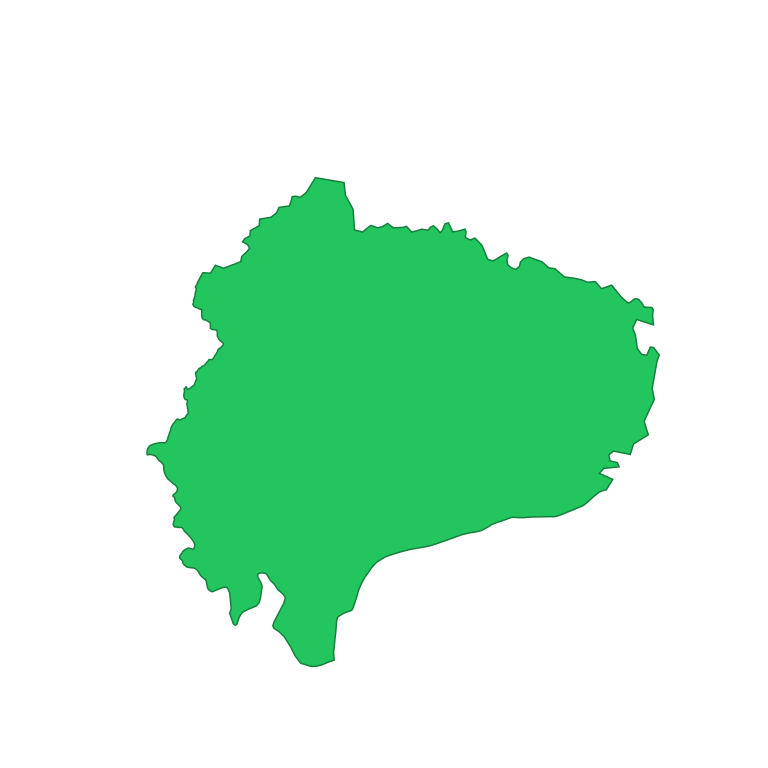 Chapicuy, Paysandú, Uruguay, rotated 237°
{"feature_id": "84410073B18564201435230", "entity_name": "Chapicuy", "entity_type": "district", "adm_level": 2, "iso_a3": "URY", "parent_name": "Uruguay", "parent_adm1": "Paysandú", "projection": "mercator", "projection_center": [-57.843, -31.658], "detail": "fine", "context": "isolated", "style": "filled", "palette": "green", "viewbox_px": 768, "rotation_deg": 237, "n_neighbors": 0, "source": "geoboundaries", "source_scale": "gbopen_adm2", "svg_char_len": 6171}
<svg xmlns="http://www.w3.org/2000/svg" viewBox="0 0 768 768"><g transform="rotate(237 384 384)"><path d="M456.9,539.7L457.8,534.9L462.4,531.9L467.0,535.7L469.8,536.3L471.9,529.2L474.3,524.5L484.0,525.9L485.1,522.4L480.8,515.9L480.4,513.5L485.0,513.0L489.8,511.6L490.2,508.3L488.9,504.8L493.3,500.0L494.6,495.0L496.4,490.0L504.0,488.7L505.0,485.3L509.8,476.9L516.7,474.5L516.8,468.7L518.4,463.7L524.1,459.5L523.9,454.8L523.1,448.8L529.2,443.2L547.4,453.2L563.3,454.5L574.7,460.2L594.4,438.8L587.0,423.3L586.1,415.6L589.7,412.1L591.1,409.0L588.5,406.3L584.9,401.6L589.3,392.1L586.1,387.3L585.4,380.1L590.0,369.4L584.8,365.7L585.4,355.4L581.2,352.2L581.8,346.5L580.2,342.8L575.4,345.5L571.1,345.2L569.8,341.4L568.4,334.2L564.6,330.4L568.4,312.6L575.4,307.3L571.5,298.8L576.0,292.7L570.7,282.8L570.1,282.9L568.5,279.2L567.8,278.5L566.6,278.5L565.4,278.0L564.3,276.5L562.2,274.4L560.9,273.6L557.9,269.7L556.3,268.9L554.9,267.1L554.1,267.1L553.0,266.8L551.3,267.5L549.5,268.9L547.2,270.2L545.7,271.6L544.1,270.5L539.9,268.0L538.0,267.4L536.3,267.6L534.8,269.3L532.3,270.6L529.9,271.6L525.1,268.7L523.2,269.7L520.4,273.1L518.2,272.4L515.0,270.3L511.2,269.9L507.9,270.6L507.5,270.9L506.7,271.2L505.8,271.3L505.3,271.1L504.6,270.7L504.3,270.2L504.2,269.8L504.2,269.3L503.6,268.1L503.4,264.3L503.2,263.7L503.1,263.3L501.7,261.6L500.4,259.1L500.0,257.6L499.0,256.2L498.3,253.8L498.2,253.3L498.5,252.6L498.7,252.0L499.8,250.7L499.7,250.0L498.9,248.8L498.7,247.2L498.1,245.8L498.0,245.1L497.6,244.1L497.5,242.7L497.8,241.7L497.9,240.8L497.4,239.1L497.4,238.6L497.7,238.0L497.8,237.5L497.6,236.5L496.5,234.9L496.4,234.3L496.5,233.3L496.4,232.7L495.9,232.0L493.1,230.7L491.1,230.1L490.4,229.6L488.3,226.6L487.0,225.0L486.5,224.4L486.3,223.9L486.4,223.4L486.3,221.5L486.2,220.4L486.0,219.4L486.1,218.7L486.2,217.7L486.4,216.7L486.6,216.1L486.9,216.1L487.8,216.3L488.7,216.7L489.1,216.7L489.4,216.5L489.3,216.2L488.9,215.7L488.9,215.4L488.8,214.9L489.0,214.0L488.4,213.6L487.7,213.3L486.0,212.2L485.2,211.5L484.6,210.8L483.8,210.1L481.6,209.0L480.8,208.8L480.3,208.9L479.5,208.8L479.1,208.9L478.6,209.4L478.1,210.1L477.7,210.4L477.4,210.3L475.9,209.2L474.8,207.8L474.1,207.4L472.9,207.0L472.1,206.8L470.9,206.1L469.5,205.7L468.6,205.2L467.8,204.7L466.8,204.3L466.2,203.9L465.9,203.4L465.5,201.7L465.1,200.6L464.2,198.8L464.1,198.4L464.7,195.6L464.8,193.8L464.9,193.3L465.1,192.8L465.4,192.7L466.1,192.4L466.9,192.0L467.2,191.6L467.2,190.5L467.0,190.0L466.1,187.8L465.2,184.8L463.6,182.1L463.1,181.4L461.0,179.3L460.6,178.5L459.3,176.7L458.7,176.2L457.7,175.0L457.2,174.1L456.3,173.2L455.9,172.7L455.2,172.1L454.0,169.3L453.9,168.7L454.1,168.0L454.6,167.5L455.6,166.2L456.7,164.2L457.5,162.4L458.9,158.9L459.4,156.9L459.6,155.3L459.7,153.8L459.2,152.1L458.4,150.7L457.6,149.5L454.6,147.2L453.7,147.0L453.2,147.2L452.8,148.8L451.4,150.5L448.8,152.7L447.9,153.1L445.7,153.5L442.3,153.5L440.7,154.3L437.9,154.9L436.1,154.9L431.1,152.2L428.8,151.5L426.0,151.0L424.4,151.0L422.3,151.0L417.5,152.5L415.6,152.8L412.8,154.1L409.5,154.2L408.2,153.4L406.9,152.0L406.3,150.8L406.0,149.3L405.9,147.3L405.6,146.5L405.1,145.9L404.3,146.3L403.4,146.4L402.6,146.4L399.7,145.3L398.4,145.2L397.5,145.2L393.6,146.1L391.7,146.4L390.4,145.9L389.6,144.7L389.0,143.4L388.3,141.0L387.4,138.7L386.8,135.8L386.4,135.1L384.4,134.5L382.4,132.0L381.3,130.8L380.7,130.6L379.4,130.4L378.3,130.5L377.7,131.0L377.2,132.0L376.2,132.8L374.0,135.9L373.0,136.6L371.8,136.7L369.2,136.4L365.4,137.4L362.8,137.8L357.4,138.4L354.8,138.3L352.4,137.9L351.2,136.9L349.9,135.5L349.5,134.4L349.8,133.4L351.7,131.9L353.1,130.5L353.4,126.0L353.2,124.2L352.2,122.4L351.2,119.4L350.0,118.3L348.8,117.8L347.5,118.2L345.2,118.6L342.9,117.7L341.9,117.8L339.6,118.4L338.2,118.8L336.9,119.9L336.2,120.6L333.6,123.9L332.5,124.9L330.4,125.8L329.1,126.1L326.3,125.9L322.7,126.0L316.4,127.8L309.1,125.0L307.1,124.9L304.8,125.7L303.3,126.7L301.2,137.7L300.2,139.9L299.2,141.2L297.9,141.5L296.7,141.4L293.3,140.9L289.5,139.1L278.8,133.5L275.7,129.6L271.2,128.6L265.5,127.1L264.0,127.2L263.1,127.6L262.7,128.1L262.5,128.7L262.8,129.9L267.1,135.4L268.1,137.2L269.6,140.9L269.1,146.9L267.4,156.0L268.6,160.2L271.9,164.0L275.8,167.3L280.8,171.7L285.2,172.7L290.5,172.9L292.3,173.8L293.4,175.5L293.1,176.9L291.9,178.8L290.0,181.2L288.4,182.0L281.1,181.8L275.4,183.0L269.4,183.0L262.7,184.9L258.5,184.9L254.7,180.5L250.5,173.1L244.6,162.6L241.7,159.0L239.3,158.6L233.1,161.2L225.8,162.7L214.8,162.5L204.0,161.4L195.1,162.1L187.4,168.5L185.5,171.2L183.9,174.2L182.3,178.8L181.0,186.0L179.5,191.8L186.4,195.6L203.6,209.5L210.6,214.9L212.6,216.7L212.9,217.3L213.4,217.8L213.7,218.6L213.8,219.3L213.7,224.7L213.5,226.2L213.3,227.3L211.8,233.2L211.9,234.0L212.9,235.9L213.5,236.7L214.7,238.1L220.4,245.3L223.9,249.2L226.4,252.4L230.1,258.5L232.3,262.6L235.1,269.9L236.6,273.4L237.7,277.2L238.4,280.7L238.5,282.6L238.5,287.5L238.2,291.7L237.9,293.0L236.9,296.8L234.3,306.1L232.6,311.3L231.1,315.5L224.7,330.7L222.9,335.6L221.2,341.9L219.7,348.1L216.5,361.6L215.2,367.3L212.5,374.8L210.5,379.0L208.9,383.4L208.1,385.8L207.8,387.9L207.5,392.6L207.4,397.8L206.7,401.8L204.7,409.5L202.8,417.7L201.7,420.0L198.9,423.7L196.2,427.7L192.4,434.7L182.4,450.9L180.1,454.3L179.1,456.8L178.2,460.0L177.5,463.5L175.1,476.0L174.4,480.2L173.8,482.6L173.6,485.2L174.0,490.2L175.4,498.1L176.1,505.5L175.5,509.2L174.2,512.9L179.4,523.9L191.8,515.9L193.5,522.4L186.5,536.0L190.9,536.9L196.5,531.7L202.1,533.9L202.7,539.9L190.8,552.2L197.8,560.6L197.4,578.0L210.9,581.8L218.1,592.9L223.8,602.3L234.2,606.5L254.1,625.1L258.4,630.6L267.7,630.0L269.9,627.6L267.3,623.4L265.0,620.1L268.3,616.3L276.0,615.7L279.8,617.7L288.2,621.5L295.6,623.1L300.4,631.1L286.8,642.2L295.3,646.6L299.7,650.3L302.4,650.2L305.4,645.9L307.1,644.0L311.4,644.4L316.0,643.7L318.2,642.0L319.0,639.8L318.4,635.9L319.0,632.7L328.0,630.3L342.9,628.8L345.5,618.3L354.8,617.0L358.6,610.0L364.1,606.2L369.0,601.2L375.6,593.6L387.7,590.1L391.7,585.5L400.4,583.1L411.4,574.7L412.9,569.7L412.2,565.2L408.9,561.6L408.3,556.8L412.3,554.1L416.7,552.7L421.0,554.6L424.4,558.2L427.0,558.2L427.5,552.1L427.5,547.8L427.9,542.3L432.1,538.9L447.3,541.7L456.9,539.7Z" fill="#22c55e" stroke="#15803d" stroke-width="1.5"/></g></svg>